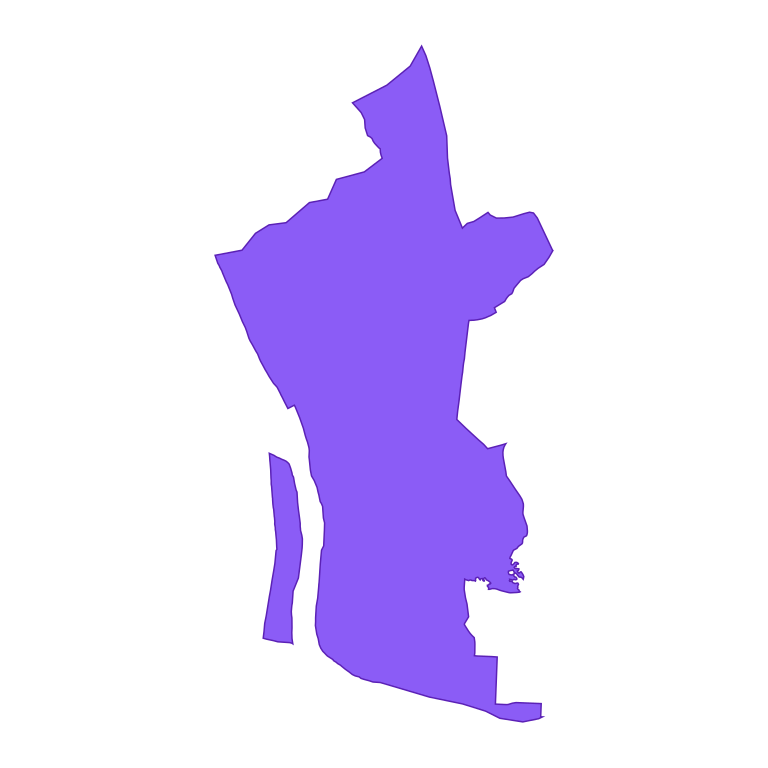 Yangon (West), Yangon, Myanmar
{"feature_id": "60261553B21361013305345", "entity_name": "Yangon (West)", "entity_type": "district", "adm_level": 2, "iso_a3": "MMR", "parent_name": "Myanmar", "parent_adm1": "Yangon", "projection": "natural_earth1", "projection_center": [96.146, 16.837], "detail": "fine", "context": "isolated", "style": "filled", "palette": "violet", "viewbox_px": 768, "rotation_deg": 0, "n_neighbors": 0, "source": "geoboundaries", "source_scale": "gbopen_adm2", "svg_char_len": 6126}
<svg xmlns="http://www.w3.org/2000/svg" viewBox="0 0 768 768"><path d="M421.6,46.1L410.2,66.1L386.8,85.2L352.5,102.8L361.2,112.6L364.6,119.5L365.2,128.0L367.6,135.6L369.1,136.4L370.3,137.0L372.0,138.5L373.2,141.2L374.7,143.4L377.0,145.9L378.9,147.9L380.2,148.8L380.4,152.3L381.0,154.9L382.2,158.3L364.3,171.9L336.4,179.4L327.6,199.2L309.4,202.6L286.1,222.7L269.0,224.9L255.5,233.3L242.0,250.2L215.1,255.3L217.8,263.3L219.2,265.6L219.8,267.2L221.8,270.8L222.6,273.0L226.2,281.6L227.7,284.6L231.6,294.3L232.7,298.1L235.1,305.1L239.3,314.0L242.4,321.6L245.3,327.5L246.8,331.6L248.9,338.2L249.5,339.5L250.2,341.0L252.5,344.9L255.8,351.0L257.6,353.9L259.6,359.0L260.7,361.4L262.8,365.2L265.3,369.9L266.9,372.5L269.2,376.6L273.6,383.4L275.4,385.3L277.1,387.2L280.2,393.2L281.0,395.0L282.4,397.6L284.2,401.3L287.9,408.5L294.3,405.2L295.2,406.8L299.7,417.8L303.4,428.3L305.3,435.6L306.4,439.1L307.5,442.1L308.9,447.4L309.1,448.7L309.3,450.8L309.0,457.0L309.3,459.3L310.4,470.1L311.5,475.9L314.2,480.5L317.1,487.5L318.0,491.8L318.9,495.1L319.4,497.7L320.2,501.6L321.4,503.5L322.6,506.4L323.4,518.0L324.6,522.9L324.4,530.3L323.7,545.9L321.5,550.2L320.3,563.8L319.1,582.4L318.9,584.0L318.7,586.9L317.7,598.1L316.3,606.0L315.6,617.8L315.6,621.9L315.4,625.5L316.8,634.2L318.2,638.6L319.3,644.7L320.9,648.4L322.8,651.3L324.8,653.3L325.8,654.4L327.4,656.0L333.0,659.6L333.5,660.6L336.1,662.2L337.7,663.6L340.5,665.2L341.8,666.4L345.5,669.4L349.2,672.0L352.3,674.5L355.2,675.9L359.2,676.9L361.0,678.4L363.8,679.3L369.4,680.8L372.9,682.0L380.2,682.5L429.5,697.1L462.5,703.9L485.5,711.1L499.9,718.3L522.8,721.9L538.7,718.7L542.4,716.9L540.7,716.8L541.2,703.6L516.0,702.6L512.3,703.2L508.1,704.5L506.3,704.6L495.4,704.1L497.2,657.0L491.9,656.6L476.9,656.0L474.4,655.7L474.8,653.0L474.9,644.1L474.8,641.8L474.2,637.6L472.1,635.6L470.2,633.5L468.4,631.0L464.4,624.7L464.5,623.6L468.6,616.8L467.0,604.0L465.5,597.9L464.2,589.6L464.2,587.3L464.7,580.2L464.7,579.1L466.3,579.9L468.7,580.6L469.7,580.1L470.9,580.0L471.5,580.4L472.6,580.6L474.4,580.6L475.4,581.1L475.7,580.3L475.5,579.3L475.6,578.2L477.0,577.4L477.9,577.3L478.7,577.9L479.6,579.4L480.2,579.9L480.7,578.9L482.2,578.5L482.7,579.4L482.9,580.4L483.5,581.0L484.3,581.0L484.3,580.3L483.7,579.6L483.7,578.6L484.4,577.8L485.2,578.0L485.7,578.6L486.1,579.5L486.8,580.1L488.3,580.8L489.2,581.5L490.6,582.8L490.7,583.5L490.2,583.9L489.4,583.9L488.7,584.7L488.1,585.1L487.4,585.2L487.4,586.2L488.2,587.1L488.7,588.0L488.5,589.3L489.6,589.3L491.9,588.7L492.7,588.6L495.0,588.7L496.8,589.1L500.0,590.3L501.7,590.8L508.4,592.5L509.5,592.7L510.4,592.8L516.5,592.5L519.3,592.2L520.1,591.8L519.4,591.2L518.7,589.7L518.0,589.4L517.5,588.5L517.9,587.1L517.6,586.3L518.5,584.3L517.9,583.2L517.2,583.0L515.3,583.5L514.5,583.4L513.9,583.0L513.2,582.9L512.5,582.2L512.1,581.4L509.7,581.3L509.4,580.6L509.9,580.1L509.7,579.3L511.8,579.7L512.3,580.2L514.1,579.3L514.7,579.6L515.5,579.8L516.1,579.7L516.8,579.3L516.8,578.4L515.7,577.0L514.8,577.0L513.9,576.0L513.8,575.1L513.9,574.2L513.3,574.2L512.4,574.9L511.4,574.9L509.3,574.5L508.7,573.8L508.3,572.2L508.5,571.2L510.7,570.5L512.2,570.3L512.9,570.0L513.7,571.1L514.1,572.0L514.3,573.5L514.9,573.1L515.6,573.1L516.7,574.0L517.8,575.5L519.1,577.0L520.1,577.2L520.7,577.1L521.2,577.4L522.0,577.8L523.2,579.3L523.4,578.6L523.8,576.6L523.2,575.1L522.8,574.3L521.7,572.6L521.0,571.8L520.3,572.0L519.6,572.7L518.9,573.1L518.3,572.7L517.6,571.8L517.4,570.9L518.4,570.5L518.8,569.6L519.0,569.0L518.3,568.7L515.5,568.6L514.7,568.2L514.2,567.4L514.6,566.8L515.4,566.5L516.1,566.5L516.0,565.4L516.8,564.4L517.6,564.0L518.2,564.1L518.4,563.5L517.7,562.9L516.8,562.4L515.9,562.3L514.8,562.5L514.1,563.5L512.8,564.7L512.1,564.9L511.1,564.0L511.1,563.0L511.4,561.8L512.0,560.8L512.2,560.0L511.7,559.3L511.1,558.9L510.3,558.7L509.8,558.4L510.0,557.4L511.1,555.3L513.2,550.7L513.7,550.1L516.9,548.4L518.4,546.4L521.9,543.9L522.4,543.1L522.6,542.0L522.6,540.5L522.9,539.2L523.6,537.6L524.2,536.9L526.0,536.1L526.6,535.6L527.1,534.1L527.4,532.3L527.4,530.7L527.0,526.0L524.0,517.5L523.0,514.3L522.9,513.2L522.9,512.2L523.4,506.7L523.4,504.8L523.3,503.7L522.2,500.1L521.8,499.1L521.2,498.1L519.7,495.6L515.2,489.1L509.4,480.3L506.4,476.0L505.8,471.6L503.4,458.6L503.0,455.6L502.9,452.3L503.2,449.9L503.9,447.2L505.2,444.6L505.8,443.7L501.2,445.1L487.6,448.7L483.6,444.3L478.3,439.7L465.7,428.1L456.8,419.5L457.7,410.8L459.0,401.2L461.0,384.1L462.1,375.3L462.6,372.3L463.2,366.0L463.6,362.9L464.4,358.7L465.0,352.2L468.5,323.1L469.0,320.4L473.9,320.2L477.7,319.7L482.2,318.8L485.6,317.7L488.7,316.3L490.7,315.5L496.2,312.3L494.4,307.7L504.7,301.4L506.3,298.6L507.5,297.0L509.0,295.3L511.8,293.7L512.8,291.8L514.0,288.3L516.8,284.9L520.6,280.4L523.2,278.7L528.3,276.7L532.1,273.6L534.6,271.2L538.1,268.3L544.1,264.4L549.0,257.3L552.9,250.5L552.4,250.0L537.3,218.0L533.5,213.0L529.6,212.2L523.8,213.7L513.0,217.1L504.2,218.0L496.4,218.1L490.2,215.0L488.0,212.4L479.9,217.7L473.8,221.5L467.3,223.4L462.4,228.1L456.9,214.7L455.1,210.4L450.6,184.5L450.2,178.8L449.3,173.2L447.5,158.1L446.7,135.8L439.8,106.4L433.4,81.2L429.8,67.9L425.9,55.7L421.6,46.1ZM292.8,643.8L292.5,641.9L292.0,638.5L291.8,632.6L292.0,627.9L291.9,617.9L291.5,615.0L291.3,611.6L291.8,605.7L292.3,602.9L293.1,591.1L298.4,578.0L301.4,554.5L302.1,548.0L302.3,544.4L302.4,538.9L301.8,535.2L300.5,530.2L300.5,529.1L300.2,526.4L300.2,523.4L299.5,517.7L298.5,510.4L297.6,502.6L297.0,492.1L296.1,490.0L294.6,483.6L293.5,477.1L292.3,475.0L292.0,473.0L290.6,468.1L289.1,464.0L287.7,462.5L286.1,461.2L284.1,460.2L281.8,459.3L279.4,458.1L276.7,457.1L273.9,455.3L269.3,453.3L269.6,456.1L269.9,460.7L270.1,462.6L270.7,469.8L271.0,478.1L271.2,480.7L271.2,484.2L271.6,486.5L272.4,497.2L272.6,498.5L272.6,499.7L272.9,504.1L273.3,507.6L273.7,509.5L274.3,516.6L274.5,517.7L274.8,521.5L274.7,524.1L275.3,527.7L275.3,529.5L275.7,532.0L276.0,535.6L276.4,539.6L276.7,546.6L276.9,549.3L276.1,550.6L274.9,563.3L273.8,570.2L272.1,580.0L270.5,590.4L269.4,596.3L266.2,616.0L264.7,623.5L264.0,631.7L263.2,638.2L266.3,639.1L273.7,640.7L277.7,641.8L289.6,642.6L291.9,643.2L292.8,643.8Z" fill="#8b5cf6" stroke="#5b21b6" stroke-width="1.5"/></svg>